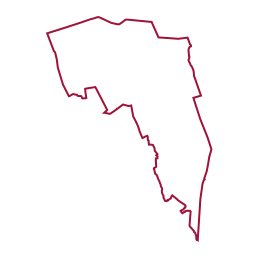 Stefan Cel Mare, Neamt, Romania (Albers equal-area conic projection), rotated 182°
{"feature_id": "2599482B75219303037693", "entity_name": "Stefan Cel Mare", "entity_type": "district", "adm_level": 2, "iso_a3": "ROU", "parent_name": "Romania", "parent_adm1": "Neamt", "projection": "albers", "projection_center": [26.525, 47.014], "detail": "fine", "context": "isolated", "style": "outline", "palette": "rose", "viewbox_px": 256, "rotation_deg": 182, "n_neighbors": 0, "source": "geoboundaries", "source_scale": "gbopen_adm2", "svg_char_len": 3579}
<svg xmlns="http://www.w3.org/2000/svg" viewBox="0 0 256 256"><g transform="rotate(182 128 128)"><path d="M161.4,237.8L161.6,237.8L162.1,237.7L162.6,237.6L163.3,237.4L164.7,236.8L165.8,236.4L169.0,235.5L178.9,231.7L192.1,226.9L212.1,219.8L212.0,219.6L204.7,202.2L203.7,201.3L203.4,200.8L202.7,198.2L201.6,194.2L200.2,185.8L194.5,169.1L188.2,157.7L187.4,157.9L186.9,158.2L186.5,158.6L184.2,160.0L183.2,159.9L182.7,159.7L180.1,159.4L179.6,158.5L179.0,158.3L177.4,158.2L176.8,158.3L175.7,158.1L174.9,156.3L174.5,156.0L173.4,156.0L172.5,156.2L171.3,156.3L170.7,156.6L171.8,162.3L172.2,165.7L172.0,165.8L162.1,167.8L149.4,145.3L152.3,142.4L152.1,142.4L150.5,142.1L149.5,142.0L147.4,141.6L146.9,141.5L146.0,141.8L140.6,145.8L139.6,146.9L139.2,146.9L133.8,151.3L128.3,150.0L127.7,150.1L125.6,150.6L123.2,139.8L123.0,139.4L120.9,135.7L118.9,131.9L118.1,130.2L117.6,129.0L117.3,128.1L117.3,127.9L116.7,126.6L116.3,125.0L113.2,118.5L111.9,119.2L111.2,119.6L110.0,120.3L109.4,120.5L108.4,120.8L108.3,120.6L108.0,120.1L107.7,116.5L107.3,116.2L107.1,116.1L107.0,115.9L106.9,115.6L106.8,114.6L106.7,112.9L106.5,112.1L104.9,112.2L102.6,112.0L102.3,111.4L101.1,109.5L100.4,106.5L100.4,106.1L99.3,104.9L98.8,104.2L98.2,103.6L97.8,103.2L97.6,102.8L97.7,102.5L98.4,102.3L98.8,101.7L98.5,101.5L97.5,100.7L97.5,98.8L99.1,98.6L98.9,95.0L98.5,90.8L98.5,90.4L98.6,90.0L99.5,89.4L100.4,89.1L100.7,88.5L100.8,88.1L100.5,87.5L100.1,86.7L99.3,83.3L97.8,82.2L97.7,82.1L96.6,79.5L96.4,78.9L95.7,77.4L94.9,76.1L94.1,74.0L93.8,73.4L93.6,73.1L93.3,72.1L93.2,71.4L93.1,71.0L93.0,70.6L92.3,69.7L92.1,69.3L92.0,69.2L91.9,68.7L91.8,68.2L91.7,67.8L91.7,67.6L91.9,67.1L92.0,66.5L91.9,65.7L91.9,65.2L91.8,64.8L91.5,63.8L91.0,62.8L90.8,62.4L90.5,62.1L90.4,61.8L90.1,61.2L90.2,60.6L90.2,60.1L90.0,59.5L89.8,59.1L89.3,58.3L89.1,58.0L89.0,57.5L88.5,56.5L86.9,56.4L86.7,56.3L86.5,56.7L86.3,57.0L85.9,57.4L85.4,57.1L85.0,57.6L84.0,58.3L82.9,59.0L82.6,59.8L82.3,60.9L82.1,61.3L81.6,61.9L81.4,62.2L76.0,58.2L75.8,57.7L68.1,52.9L67.7,51.7L68.0,50.5L68.5,50.6L68.9,49.9L69.5,49.0L69.8,48.5L70.3,48.3L70.8,48.2L72.5,46.9L72.0,46.3L71.3,45.2L70.6,44.8L70.5,45.0L70.2,45.2L69.7,45.3L69.1,45.7L69.2,45.8L69.1,46.0L68.7,46.1L68.4,46.4L68.1,46.4L68.0,46.7L67.7,46.7L67.4,47.0L67.0,47.2L66.2,47.2L65.7,47.4L64.7,47.4L64.4,47.3L64.2,47.4L63.9,47.3L63.1,47.3L62.7,47.1L62.5,46.8L63.1,32.7L62.7,31.7L62.1,31.2L61.3,30.3L60.5,29.5L60.0,28.8L59.3,28.1L58.7,27.6L58.6,27.1L58.4,26.4L57.9,26.2L57.6,26.0L57.2,25.4L57.0,24.9L56.8,24.4L56.5,24.0L55.9,21.3L55.8,19.8L55.7,18.9L55.4,18.5L54.8,18.4L54.4,18.2L53.2,59.6L51.7,73.4L51.7,73.8L51.3,76.0L51.1,76.3L50.8,77.3L50.5,78.3L50.2,78.4L49.6,79.4L50.0,79.8L50.0,80.3L49.7,81.2L49.1,83.3L48.2,86.3L47.7,88.0L47.7,88.3L47.7,88.8L47.6,89.2L47.2,91.2L47.0,93.1L46.9,93.2L45.8,101.7L45.7,101.8L45.7,102.4L45.5,102.8L45.5,103.2L44.8,105.9L44.5,107.0L43.9,109.7L48.0,121.0L56.1,139.4L63.7,160.4L56.2,162.9L61.2,175.7L62.3,178.7L63.8,182.2L64.3,186.6L64.9,188.6L66.2,191.3L67.6,193.0L68.3,194.8L69.9,197.7L69.9,198.0L69.5,199.1L69.4,199.9L69.3,200.3L69.2,200.4L69.2,201.7L69.4,202.3L69.6,202.3L69.6,202.8L69.6,203.2L69.8,204.5L70.0,205.4L70.1,207.0L70.1,207.4L70.3,208.2L70.0,209.4L69.6,210.6L69.0,211.4L68.3,211.6L67.9,211.9L68.0,212.9L68.6,213.6L69.0,213.9L71.6,220.4L80.8,218.9L100.7,219.6L108.1,234.8L125.7,235.9L130.2,236.2L132.3,236.3L133.5,236.3L133.8,236.2L134.1,236.1L134.6,235.8L135.8,234.9L137.4,233.5L139.4,232.0L139.9,231.7L140.3,231.5L141.0,231.3L142.2,231.3L144.2,231.7L148.4,232.5L151.5,233.8L159.2,237.1L160.9,237.7L161.4,237.8Z" fill="none" stroke="#9f1239" stroke-width="2"/></g></svg>